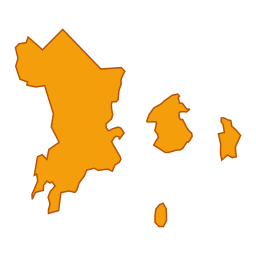 outline of Knox, Maine, United States of America
{"feature_id": "52423323B37590358813634", "entity_name": "Knox", "entity_type": "district", "adm_level": 2, "iso_a3": "USA", "parent_name": "United States of America", "parent_adm1": "Maine", "projection": "orthographic", "projection_center": [-69.021, 44.093], "detail": "fine", "context": "isolated", "style": "filled", "palette": "amber", "viewbox_px": 256, "rotation_deg": 0, "n_neighbors": 0, "source": "geoboundaries", "source_scale": "gbopen_adm2", "svg_char_len": 2118}
<svg xmlns="http://www.w3.org/2000/svg" viewBox="0 0 256 256"><path d="M26.2,42.6L19.1,43.8L15.4,47.6L18.0,58.3L15.7,66.3L20.0,79.2L27.5,82.0L26.9,85.1L35.7,87.0L44.7,85.6L48.8,98.9L53.4,113.5L51.3,126.9L58.9,141.7L58.9,142.5L48.9,149.4L46.8,159.4L42.2,154.7L37.5,156.8L34.3,175.3L36.7,174.2L37.7,181.0L34.5,188.8L32.0,194.3L32.2,199.3L35.4,192.4L43.4,190.3L43.5,185.5L46.9,181.1L48.4,182.0L50.1,183.0L52.1,182.0L55.1,185.9L50.3,191.5L48.1,197.1L50.1,204.0L48.4,209.9L48.5,213.4L58.6,210.6L60.9,192.6L69.0,191.0L74.9,192.4L76.8,190.1L79.2,182.7L84.2,176.2L86.8,170.0L94.3,168.3L98.1,170.3L107.6,169.1L112.3,171.2L114.9,165.1L119.3,162.2L120.9,159.4L120.1,156.7L115.1,148.1L114.6,147.2L113.2,144.9L111.6,141.6L114.7,137.2L115.6,136.3L117.8,136.5L119.2,137.0L119.2,138.8L119.6,139.0L124.1,133.0L121.1,128.3L119.1,127.3L117.7,127.2L112.5,128.8L109.2,130.7L108.4,130.6L106.1,127.7L106.1,123.8L110.8,119.5L111.5,119.0L112.7,114.5L111.7,109.5L111.3,104.8L111.6,103.3L112.1,101.8L116.4,101.7L118.2,99.5L118.9,90.7L121.2,83.7L121.0,80.1L121.9,77.0L124.7,71.6L124.9,71.4L121.2,67.6L100.8,69.0L62.7,29.4L42.5,49.8L28.1,37.1L26.2,42.6ZM146.8,120.8L147.2,121.9L156.0,121.8L156.4,123.4L154.9,130.8L157.1,133.6L158.4,137.4L156.2,140.6L153.7,145.1L161.1,149.8L165.2,152.4L168.1,152.5L177.1,150.0L179.7,150.0L182.6,148.6L186.9,142.1L188.2,142.2L189.7,140.6L192.2,136.3L191.6,133.1L189.2,131.0L186.9,127.9L182.6,119.4L180.3,119.6L179.3,117.4L179.0,114.4L179.3,112.5L179.7,112.0L183.8,111.6L186.4,112.0L189.4,109.6L188.9,108.9L187.8,109.4L186.4,108.7L182.2,103.1L179.6,103.3L178.4,98.7L178.6,96.8L179.4,96.2L177.8,94.1L172.1,95.3L163.9,101.2L161.3,103.8L153.9,107.9L149.2,114.4L146.8,120.8ZM221.3,117.9L221.1,121.5L223.1,124.7L224.4,132.5L218.4,133.8L220.7,144.1L220.5,153.7L221.8,160.1L227.6,155.0L232.2,157.7L236.2,156.8L235.3,147.3L240.6,135.4L236.1,130.1L231.8,126.2L230.8,120.5L228.3,120.0L227.6,119.7L224.5,118.2L223.1,117.9L221.3,117.9ZM155.0,214.9L155.0,222.2L159.0,226.5L163.3,226.6L166.5,220.5L166.5,215.5L166.1,208.6L163.0,203.2L159.6,204.7L155.9,209.2L155.0,214.9Z" fill="#f59e0b" stroke="#b45309" stroke-width="1.5"/></svg>